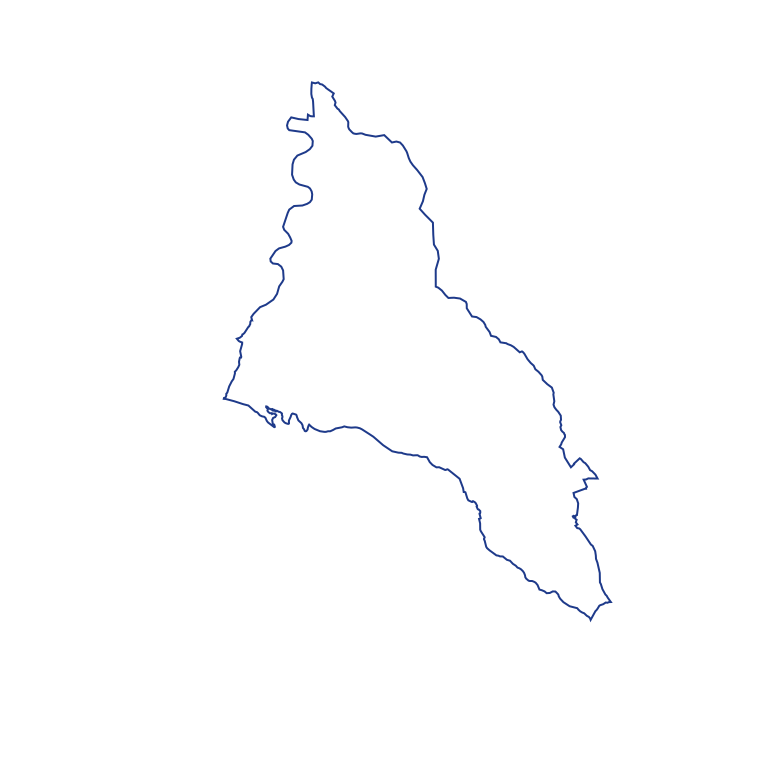 the district of Valea Lunga, Alba, Romania, rotated 64°
{"feature_id": "2599482B95544778278344", "entity_name": "Valea Lunga", "entity_type": "district", "adm_level": 2, "iso_a3": "ROU", "parent_name": "Romania", "parent_adm1": "Alba", "projection": "natural_earth1", "projection_center": [24.097, 46.129], "detail": "fine", "context": "isolated", "style": "outline", "palette": "blue", "viewbox_px": 768, "rotation_deg": 64, "n_neighbors": 0, "source": "geoboundaries", "source_scale": "gbopen_adm2", "svg_char_len": 6140}
<svg xmlns="http://www.w3.org/2000/svg" viewBox="0 0 768 768"><g transform="rotate(64 384 384)"><path d="M285.0,493.7L285.7,493.8L291.4,498.9L297.1,500.4L297.6,501.0L297.1,501.9L297.7,502.5L300.5,504.6L303.3,505.6L305.1,507.8L307.0,510.9L307.6,512.7L309.1,513.3L313.5,517.1L314.9,519.7L318.3,524.2L323.0,528.6L323.7,530.1L325.1,530.7L326.4,532.0L326.6,532.6L326.4,533.9L327.1,534.5L328.1,532.8L333.8,526.2L340.4,519.4L343.9,515.3L352.5,511.8L353.5,510.6L354.6,510.1L357.6,509.4L359.5,507.9L361.0,506.0L362.4,505.4L365.7,505.5L367.7,505.1L374.6,501.6L374.8,501.2L374.7,500.9L372.7,500.5L372.3,500.6L372.3,500.9L371.7,501.1L371.3,501.5L367.3,500.3L365.9,498.5L366.0,496.3L364.8,494.4L363.7,494.7L362.4,495.8L361.9,496.9L361.9,497.8L361.0,497.7L360.4,499.2L358.7,500.2L356.9,500.5L355.5,499.2L354.7,499.7L353.1,500.1L352.5,499.7L352.8,499.2L354.1,498.5L355.6,498.3L356.0,497.6L356.9,497.1L357.4,495.7L358.1,496.0L358.9,495.8L359.5,495.0L359.4,494.6L358.8,494.3L359.0,494.1L360.4,493.1L360.8,493.7L361.1,493.7L361.3,493.2L360.9,492.5L361.0,492.1L363.0,490.6L363.5,489.8L365.3,488.8L366.0,488.7L367.1,489.4L368.4,489.4L369.4,489.9L370.1,490.7L372.1,491.1L374.9,490.3L376.0,489.6L377.5,488.1L378.0,487.2L377.8,486.7L375.2,485.5L372.6,482.3L371.3,481.1L370.5,479.8L370.5,479.0L372.9,476.5L373.7,476.3L375.7,476.7L379.2,476.9L383.0,475.4L385.3,475.3L388.0,476.1L389.6,475.7L391.4,475.8L392.0,475.4L392.3,474.4L391.4,472.6L389.9,471.6L388.1,469.8L387.7,469.1L390.9,467.9L394.0,466.1L398.4,462.2L401.0,458.4L401.6,457.0L401.9,455.2L402.9,453.0L403.0,449.9L402.8,446.9L404.5,440.7L404.7,438.3L406.9,435.7L408.9,432.5L410.4,428.8L411.3,427.3L413.2,425.1L415.2,423.6L422.8,419.0L426.7,416.7L438.6,411.6L448.1,406.1L452.0,401.2L453.6,398.3L454.9,397.2L457.5,394.0L459.0,391.3L460.9,389.2L462.6,385.3L463.4,384.5L464.7,383.8L466.1,382.1L467.0,379.9L468.7,377.4L474.3,377.1L478.0,375.9L481.9,373.4L483.0,370.9L488.0,366.8L488.3,366.2L488.4,364.5L489.0,363.9L502.3,357.6L512.4,358.6L516.0,359.7L516.5,358.7L517.1,358.3L523.4,359.3L525.5,359.2L528.4,356.9L528.7,356.3L528.3,355.7L528.3,355.4L530.0,354.2L531.3,353.8L534.2,353.7L534.5,353.8L534.8,354.5L537.4,354.6L537.9,354.4L538.3,353.9L540.4,353.2L541.9,353.9L542.5,354.5L542.4,355.0L542.6,355.1L547.0,355.9L547.1,356.4L546.9,357.7L551.4,358.7L557.1,361.4L558.8,361.5L565.7,360.7L566.2,360.9L566.7,361.8L567.4,362.2L569.0,362.2L575.1,363.5L576.8,363.3L579.9,362.0L587.3,358.1L588.5,356.4L589.8,355.3L591.1,352.8L595.9,350.6L598.1,348.2L602.1,347.0L605.1,345.2L607.5,344.5L609.0,343.1L610.6,342.1L613.1,341.2L615.1,340.9L617.7,341.1L619.7,341.7L621.3,341.5L624.1,340.3L624.9,339.4L626.1,337.1L627.8,335.6L629.1,334.8L632.0,334.1L636.9,334.4L638.6,332.5L640.8,330.6L643.3,329.5L644.5,326.6L644.4,323.2L645.7,320.9L649.0,319.8L650.2,319.7L651.4,320.0L654.1,319.8L658.7,318.4L665.1,314.6L670.2,308.6L672.0,308.2L674.3,307.3L676.3,306.0L677.8,304.6L681.3,303.3L683.1,302.0L685.0,301.5L686.6,301.7L680.8,293.5L680.5,292.4L679.6,290.6L677.7,287.7L677.6,286.6L678.0,283.5L677.6,280.5L678.6,279.0L678.6,277.6L679.4,275.7L674.0,276.6L671.9,276.7L670.3,277.3L664.1,277.6L658.9,276.8L657.0,276.9L648.4,272.9L638.2,270.5L634.1,270.1L631.0,268.8L626.9,267.5L621.0,267.4L619.0,268.4L609.4,269.7L600.7,271.3L599.5,271.8L598.2,273.5L595.3,274.1L595.1,271.7L592.4,272.2L590.5,270.4L589.4,271.1L588.6,270.9L587.1,272.3L585.7,272.3L585.6,271.3L587.0,269.9L586.4,269.3L586.1,268.5L586.3,268.0L580.1,263.9L576.4,261.8L572.0,261.2L569.0,262.4L565.0,261.4L566.2,249.6L566.7,248.3L566.0,248.1L565.4,246.7L557.5,246.5L558.4,244.2L558.4,241.8L562.6,233.5L558.2,233.7L553.6,235.2L551.8,236.5L547.8,236.7L543.4,237.8L541.7,238.9L537.6,240.0L536.6,240.7L538.9,248.2L539.5,248.3L540.8,252.5L529.4,253.7L521.2,251.6L517.5,253.8L515.9,251.2L514.5,249.9L511.1,244.6L509.1,243.7L508.2,243.9L507.0,243.7L504.9,244.6L503.0,245.0L500.0,244.3L498.8,242.7L495.5,242.4L494.7,241.8L493.8,240.6L489.9,239.0L485.3,239.6L482.8,240.4L479.7,241.0L476.9,240.7L474.2,238.5L467.7,236.4L466.2,235.3L460.8,234.7L455.8,237.3L449.9,239.5L446.8,238.5L445.3,238.5L440.7,239.8L437.1,241.5L433.1,241.4L429.5,242.9L424.7,244.1L418.2,244.6L416.3,245.1L415.2,245.7L415.0,248.1L407.5,251.2L404.8,253.0L402.2,255.5L401.0,256.2L397.6,261.1L394.2,261.2L390.8,262.7L387.6,266.7L383.6,266.3L377.2,267.5L375.3,267.1L371.9,267.4L368.3,268.9L364.4,271.5L361.9,275.3L352.2,276.4L348.4,274.6L346.1,274.4L340.5,278.2L337.1,283.3L334.9,288.4L330.9,289.8L325.4,291.0L321.2,293.0L319.2,294.8L303.9,287.4L295.5,279.8L287.9,277.3L280.6,278.0L271.5,274.3L260.4,269.3L249.8,272.9L242.1,275.1L236.8,268.9L231.6,264.7L227.4,260.1L221.6,259.2L214.9,258.6L206.2,260.4L200.1,262.1L195.7,262.8L191.8,262.7L186.5,261.9L184.7,261.8L177.9,262.5L174.0,263.7L171.5,266.6L170.4,271.0L160.4,274.7L158.0,283.0L151.9,291.4L149.2,293.9L148.4,295.3L147.3,298.8L146.7,300.0L145.3,301.7L143.4,302.5L139.9,303.6L138.3,303.6L137.0,303.4L133.0,301.3L131.8,301.2L127.0,301.9L119.4,304.1L117.4,304.3L116.2,305.1L111.8,306.0L109.8,304.2L108.0,304.0L103.0,304.5L100.8,301.8L92.8,306.2L90.8,306.7L87.7,308.3L86.4,310.0L84.1,310.9L83.6,314.0L81.4,316.6L82.6,317.4L86.9,319.9L91.5,322.2L95.0,323.2L96.6,323.1L99.2,324.0L112.7,329.7L111.9,331.3L110.9,332.8L108.6,334.3L113.2,337.0L108.4,344.7L103.7,350.5L106.2,355.3L109.1,357.8L112.1,358.5L114.3,357.9L123.2,344.7L126.8,342.8L131.9,341.4L134.4,341.5L138.5,343.9L140.4,347.7L141.2,352.7L140.7,361.7L142.9,366.6L146.5,369.9L155.6,374.9L160.7,375.5L164.1,374.9L167.6,372.6L173.4,366.0L175.8,364.8L179.2,364.6L182.1,365.4L186.6,368.1L188.1,370.9L188.4,374.1L187.8,379.1L184.6,386.8L185.7,392.7L188.0,395.5L198.5,405.8L201.7,406.1L207.0,404.3L211.2,404.1L214.9,404.3L216.4,405.3L217.4,408.4L217.3,412.4L216.1,418.9L216.9,423.2L221.5,431.2L224.2,432.1L227.0,431.0L229.7,426.8L233.5,424.9L237.7,424.9L245.8,428.2L247.5,430.4L250.3,435.4L256.1,440.6L259.6,446.4L261.0,455.3L260.6,461.7L263.8,470.5L265.7,474.0L268.8,474.6L268.4,475.0L269.5,476.8L271.8,478.2L272.4,479.3L273.1,479.9L273.3,481.0L276.9,487.0L277.4,488.6L277.4,489.6L278.6,490.6L279.2,493.4L278.8,496.4L281.6,495.7L282.6,495.1L284.5,493.3L285.0,493.7Z" fill="none" stroke="#1e3a8a" stroke-width="2"/></g></svg>